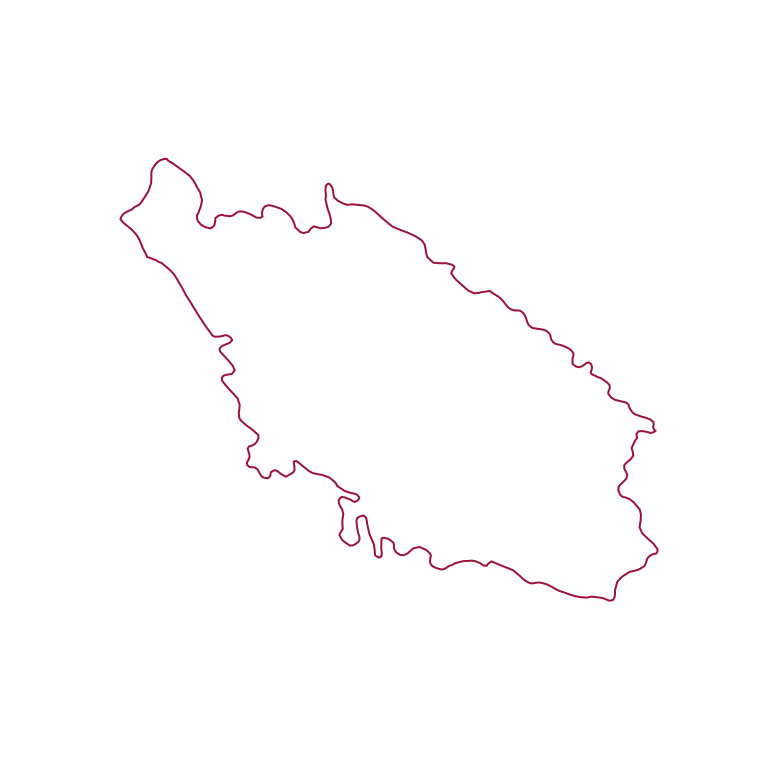 Syanno, Vitebsk, Belarus (Equal Earth projection), rotated 221°
{"feature_id": "67162791B30203465956125", "entity_name": "Syanno", "entity_type": "district", "adm_level": 2, "iso_a3": "BLR", "parent_name": "Belarus", "parent_adm1": "Vitebsk", "projection": "equal_earth", "projection_center": [29.908, 54.823], "detail": "fine", "context": "isolated", "style": "outline", "palette": "rose", "viewbox_px": 768, "rotation_deg": 221, "n_neighbors": 0, "source": "geoboundaries", "source_scale": "gbopen_adm2", "svg_char_len": 6132}
<svg xmlns="http://www.w3.org/2000/svg" viewBox="0 0 768 768"><g transform="rotate(221 384 384)"><path d="M436.5,237.2L435.8,234.6L434.0,233.1L431.0,233.1L426.7,236.3L423.2,236.5L420.9,235.6L416.1,234.0L413.3,234.4L409.5,236.9L409.5,239.9L411.5,243.3L409.8,247.6L406.7,248.4L403.2,248.4L397.2,249.7L395.2,255.4L394.6,257.7L394.9,260.1L397.0,262.5L399.1,264.2L401.2,266.1L399.9,268.2L396.9,268.7L390.6,268.8L383.6,269.1L379.4,270.0L375.0,272.4L371.6,274.5L368.2,276.0L363.9,277.5L358.8,277.8L355.3,277.5L352.4,276.4L347.8,276.9L343.5,277.5L339.1,279.3L335.9,281.0L333.0,282.4L331.3,282.7L328.4,282.3L327.5,280.4L327.5,278.3L328.6,275.9L330.9,274.9L333.3,274.9L335.7,273.9L339.4,272.6L342.0,270.8L342.2,267.0L340.2,264.7L337.8,263.3L333.3,261.9L329.4,259.2L326.5,254.5L323.8,251.3L320.0,247.4L319.7,245.2L319.1,241.9L318.1,240.5L313.3,238.9L308.6,239.0L303.6,239.8L301.3,242.2L300.3,245.3L299.8,248.1L300.3,250.3L302.1,252.4L306.0,254.8L310.2,258.0L315.0,262.6L316.3,265.5L315.0,268.8L313.1,271.4L310.2,271.4L307.4,269.6L304.7,267.2L302.2,265.3L299.0,263.0L297.4,261.7L293.0,259.4L290.3,258.3L286.2,256.1L283.7,254.0L280.9,251.4L278.6,249.1L276.7,249.0L273.5,250.0L273.0,252.3L274.4,254.6L277.7,257.6L279.9,260.1L282.7,263.6L284.4,265.5L284.0,267.1L281.5,268.8L279.3,270.0L275.2,270.4L272.6,270.3L270.4,268.7L269.1,266.8L265.2,265.0L262.0,265.2L259.5,265.7L256.8,267.7L255.0,271.8L254.5,276.3L254.0,279.2L251.4,282.9L249.8,284.5L245.3,285.9L243.2,286.4L239.1,286.4L236.2,285.5L234.9,283.2L233.0,280.4L230.9,278.8L227.8,278.3L223.8,279.4L218.9,281.7L217.1,284.0L216.0,287.3L215.7,288.8L213.7,292.5L212.9,295.1L210.5,298.7L208.0,302.3L204.3,305.8L201.9,308.3L199.0,310.1L194.1,311.8L189.7,312.4L187.3,314.1L187.5,316.6L186.5,320.6L181.5,322.3L174.1,324.7L169.5,326.4L164.5,328.1L159.8,328.2L155.7,328.3L151.7,328.1L147.8,328.3L143.1,329.5L140.7,331.3L139.1,333.4L137.4,335.4L134.1,337.6L129.8,339.6L125.1,340.8L120.5,341.7L115.7,342.9L112.6,344.3L105.5,347.1L100.9,349.1L95.6,352.2L90.2,356.4L88.3,359.3L83.4,362.8L78.2,366.1L71.7,368.3L69.6,370.9L70.1,374.2L72.0,377.3L74.6,380.2L75.9,383.1L78.1,387.5L78.1,393.3L77.3,397.2L76.1,400.8L75.3,403.6L71.1,409.2L69.6,412.1L68.1,417.3L68.9,420.7L69.6,422.4L70.8,425.2L70.8,427.4L70.3,430.0L69.2,432.3L67.4,434.5L67.6,436.7L69.2,438.8L76.0,440.3L80.5,440.3L86.4,440.4L91.4,440.8L96.9,443.4L99.0,446.4L100.8,449.5L104.6,454.2L108.7,457.1L118.1,458.5L123.1,458.3L126.8,457.0L130.2,455.3L133.3,455.4L137.7,457.7L139.5,460.6L139.6,462.9L139.3,466.5L139.1,469.0L139.1,471.5L140.6,474.9L143.8,476.5L146.9,477.6L149.3,480.1L149.5,482.5L148.5,489.1L148.9,493.6L152.3,496.4L155.1,498.0L156.2,501.8L157.2,505.4L157.7,509.3L160.6,511.8L160.9,515.2L158.3,517.8L154.9,519.9L150.6,522.0L148.9,524.4L148.4,526.7L150.3,526.7L152.7,528.1L154.0,530.5L155.8,532.0L159.4,532.0L164.1,530.4L167.6,528.6L174.3,525.9L177.7,525.6L182.3,526.7L186.3,528.9L189.0,528.9L194.2,526.2L199.5,523.5L204.0,522.9L208.4,523.8L210.0,526.2L210.6,528.6L213.1,531.2L216.7,531.5L223.3,530.9L226.7,529.7L230.5,528.6L233.0,527.8L234.0,527.7L235.6,528.3L236.7,531.1L238.1,533.2L240.6,534.9L243.4,534.7L245.0,532.7L245.6,529.1L246.3,527.0L247.6,524.8L250.0,523.4L252.7,522.9L255.0,523.0L256.7,525.0L258.4,526.8L259.4,529.3L261.1,531.4L264.0,532.1L267.0,532.2L269.9,531.5L272.1,530.9L276.6,529.2L279.1,527.7L281.7,526.6L283.5,526.6L286.5,527.1L289.3,528.9L290.6,530.1L293.0,530.6L296.5,530.6L299.6,529.4L301.7,528.1L305.0,526.0L307.0,524.7L308.9,523.6L311.8,523.4L314.1,523.6L316.6,524.8L319.9,526.8L322.4,528.1L324.9,528.8L328.0,528.8L329.9,528.3L332.0,526.7L333.0,525.6L336.2,524.0L339.9,523.2L342.6,523.5L346.6,524.3L348.7,524.7L351.5,525.0L355.2,525.0L357.0,524.6L360.1,524.1L365.1,523.6L370.1,518.0L372.3,514.9L375.3,511.7L381.4,509.8L388.3,509.8L397.3,509.9L401.8,510.5L405.9,511.7L407.0,515.0L407.0,517.0L408.0,518.8L410.9,518.7L416.5,515.8L420.4,512.3L423.9,509.6L426.3,508.0L430.4,508.0L434.8,508.3L438.3,510.7L442.0,513.8L445.2,516.1L449.6,517.1L453.2,516.8L457.5,516.0L465.3,513.8L471.5,511.5L476.8,509.6L480.7,508.4L487.7,508.1L494.1,508.0L500.5,508.2L504.6,508.2L508.2,508.0L512.9,507.1L516.0,505.7L519.0,503.6L525.4,499.1L529.6,494.9L534.2,493.2L539.3,492.0L544.2,492.2L546.6,494.0L549.2,496.4L552.2,498.4L556.7,499.3L557.8,497.9L558.0,495.5L555.2,491.7L551.4,488.1L549.4,485.0L544.9,481.7L541.4,479.2L536.4,476.4L531.9,473.1L529.2,470.4L529.0,466.4L530.8,463.4L534.0,460.0L540.5,456.8L541.2,453.0L540.9,449.3L543.8,445.1L546.7,443.8L553.6,444.0L556.7,446.0L560.7,448.1L564.5,449.1L570.0,449.5L576.0,448.9L582.6,446.4L586.3,444.6L588.9,442.7L590.5,439.6L590.1,436.3L588.1,432.6L585.6,430.8L586.1,428.5L589.2,426.0L595.1,424.7L599.1,423.4L602.7,422.1L605.2,420.4L606.9,418.6L608.1,415.0L608.5,412.4L610.1,409.7L615.1,406.3L617.4,405.3L619.2,402.8L620.1,398.7L617.9,395.6L616.0,392.2L616.9,387.7L621.6,385.2L626.5,384.2L631.4,384.8L633.9,386.5L635.8,388.5L636.2,390.8L637.6,394.6L638.7,397.6L640.1,400.2L642.0,403.6L645.6,405.8L648.1,407.8L654.5,409.9L657.1,411.1L662.2,412.7L667.3,413.6L674.8,413.2L680.3,412.6L687.6,412.0L693.2,411.0L695.8,411.3L697.6,409.6L699.5,406.5L700.5,403.1L700.6,400.1L700.0,394.9L698.8,391.6L695.3,387.5L691.5,382.8L688.2,374.8L687.2,368.1L686.5,362.5L686.3,358.7L688.3,354.0L689.0,349.6L690.4,346.9L692.1,342.4L692.2,340.4L691.9,337.7L690.9,335.4L686.1,334.7L680.7,334.9L675.4,335.0L668.3,334.1L663.3,332.5L655.8,328.6L646.6,324.9L646.1,324.4L643.6,325.6L637.4,327.8L634.3,328.3L631.1,329.4L625.6,329.6L620.6,329.6L614.4,329.0L610.4,327.8L600.3,324.4L595.8,322.8L591.1,320.9L583.3,318.7L578.6,317.1L570.0,314.4L557.3,310.8L549.9,309.1L545.1,308.0L542.8,308.7L539.5,311.6L537.0,314.8L536.0,316.6L533.5,318.1L529.7,318.4L527.4,317.5L527.4,314.1L531.4,306.0L531.2,302.6L528.9,301.0L516.0,299.5L510.2,298.6L505.6,296.3L505.4,291.8L508.6,288.0L510.6,285.0L510.4,282.3L508.4,280.3L502.8,279.2L497.5,278.5L485.1,277.1L479.5,273.8L477.3,271.0L474.7,267.0L470.7,263.2L467.1,262.5L460.6,262.5L454.8,263.1L445.4,263.1L443.1,260.7L442.1,256.8L442.1,253.9L443.4,250.5L444.9,248.4L444.6,246.0L442.4,244.4L439.8,242.8L438.3,241.5L436.8,239.2L436.5,237.2Z" fill="none" stroke="#9f1239" stroke-width="2"/></g></svg>